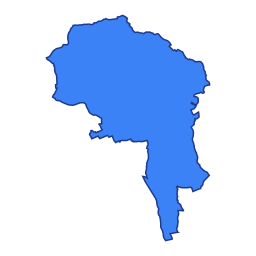 Tarnaveni, Mures, Romania
{"feature_id": "2599482B24834909765304", "entity_name": "Tarnaveni", "entity_type": "district", "adm_level": 2, "iso_a3": "ROU", "parent_name": "Romania", "parent_adm1": "Mures", "projection": "albers", "projection_center": [24.284, 46.321], "detail": "fine", "context": "isolated", "style": "filled", "palette": "blue", "viewbox_px": 256, "rotation_deg": 0, "n_neighbors": 0, "source": "geoboundaries", "source_scale": "gbopen_adm2", "svg_char_len": 5752}
<svg xmlns="http://www.w3.org/2000/svg" viewBox="0 0 256 256"><path d="M165.6,240.6L172.2,239.1L172.2,238.2L170.1,233.7L178.0,232.2L177.3,231.8L177.3,230.9L176.7,229.6L176.7,228.8L176.8,227.7L177.2,227.2L177.3,226.7L177.6,226.4L177.3,225.6L177.7,224.8L177.9,222.5L178.2,221.3L177.9,220.6L177.9,220.2L177.7,219.5L177.6,217.6L177.7,216.7L178.3,215.5L178.6,214.1L178.6,213.2L178.1,210.6L181.9,210.4L181.9,210.7L183.4,210.7L183.4,210.2L181.7,207.7L180.5,204.6L177.8,202.5L177.9,202.4L178.0,200.3L177.0,199.9L177.2,199.4L177.2,197.7L177.2,197.4L177.6,197.0L177.7,196.7L177.4,196.2L177.4,195.6L177.3,194.9L176.9,194.2L177.1,193.4L177.1,192.4L177.3,191.6L177.2,191.0L177.3,190.0L177.8,189.8L177.8,189.5L177.4,188.3L176.6,187.6L176.6,186.9L177.1,186.3L177.5,186.2L178.7,187.1L179.0,186.9L180.2,187.3L182.8,187.8L187.8,187.7L189.8,187.3L190.8,187.4L191.6,188.0L191.7,187.9L191.9,188.1L192.0,189.0L192.5,190.0L192.7,190.6L192.9,191.5L198.5,189.2L200.6,188.6L200.9,187.2L201.4,186.1L201.9,186.0L202.4,185.6L202.9,184.1L202.9,183.3L203.4,182.2L203.7,181.2L209.3,175.4L206.8,172.0L205.5,171.6L204.3,170.9L204.1,170.5L203.6,170.5L201.6,168.4L201.1,168.1L200.2,166.9L199.8,165.7L199.7,164.8L198.7,164.1L198.2,163.3L197.7,163.1L197.2,162.4L197.1,161.9L197.2,161.1L197.2,160.4L197.0,160.1L197.3,159.2L197.5,159.0L197.7,157.3L196.6,153.9L196.3,152.5L195.4,151.2L195.2,150.7L194.3,147.5L194.3,146.4L193.5,143.1L192.5,140.3L192.4,139.6L192.4,138.3L193.0,137.0L193.5,132.6L193.4,131.7L192.8,129.8L192.2,129.0L191.3,126.9L194.2,124.4L194.2,122.1L194.6,121.0L195.0,121.0L195.2,120.4L195.2,120.1L195.0,119.6L194.8,118.9L195.5,118.7L196.2,118.9L196.8,118.8L198.3,117.7L198.7,117.2L198.8,116.8L199.0,116.8L199.0,115.7L198.7,114.0L198.8,113.5L198.5,112.1L193.8,115.0L192.5,113.7L191.1,110.2L191.0,109.7L192.1,109.5L194.1,108.7L195.8,106.5L196.2,105.8L191.3,103.3L191.6,102.4L193.0,103.1L194.7,104.6L195.5,104.8L196.4,104.4L197.0,103.9L197.6,103.2L198.2,101.9L198.3,100.4L198.2,98.7L198.1,98.3L197.7,97.7L196.6,96.9L194.2,96.6L194.0,96.4L193.9,95.7L194.5,94.8L196.3,93.8L199.7,93.0L200.9,92.2L202.4,93.2L203.4,93.1L204.0,92.6L204.2,92.3L204.3,91.9L203.5,90.7L203.4,90.0L203.8,88.4L204.5,86.6L206.2,85.6L208.3,85.1L209.6,85.0L209.5,83.7L209.1,82.3L206.3,80.0L206.1,79.7L206.0,78.3L205.6,77.5L205.8,76.5L206.3,75.7L206.3,75.4L205.2,73.4L205.3,72.1L205.2,71.8L203.8,69.7L203.7,66.9L202.9,65.0L202.8,64.2L202.3,63.4L201.2,62.1L200.4,61.6L199.3,61.5L195.6,61.8L194.7,61.4L193.3,60.3L192.9,60.1L189.3,59.1L188.5,59.6L185.3,57.5L185.5,57.1L184.0,54.9L182.6,51.9L181.5,51.6L178.2,49.6L177.9,49.5L176.8,50.5L176.7,51.0L176.4,51.3L174.7,49.8L173.6,50.6L169.2,46.4L169.5,46.2L170.0,45.5L171.0,45.0L169.9,42.9L168.3,41.3L167.1,40.5L164.3,39.6L162.5,38.5L160.7,36.8L158.7,34.3L157.9,33.8L157.1,33.8L155.6,34.4L154.7,34.6L154.0,34.2L152.9,33.2L151.6,32.9L149.5,32.0L148.0,32.2L146.1,32.0L143.8,33.6L142.0,33.0L140.3,33.0L138.2,32.2L134.8,32.4L133.7,31.3L132.1,29.3L132.1,28.9L132.2,28.4L131.9,27.8L130.2,26.4L129.4,25.5L129.3,24.9L129.8,24.7L129.6,23.6L127.1,22.3L126.8,21.7L127.0,21.0L126.8,20.4L126.9,20.1L126.9,19.5L127.3,18.6L127.2,18.2L126.7,17.9L126.4,17.5L125.9,17.5L125.6,17.0L125.0,16.5L122.4,15.4L119.7,16.7L117.4,17.0L117.3,18.5L116.0,18.9L109.3,19.7L107.2,19.3L105.8,18.6L105.2,19.1L103.3,19.5L102.4,20.3L101.3,20.9L100.2,21.2L98.4,21.3L96.1,22.9L94.5,22.7L93.8,23.1L93.4,24.0L91.7,24.5L91.4,24.8L90.1,24.3L88.7,24.1L85.4,24.4L84.0,24.3L81.7,24.9L78.7,25.0L78.0,25.3L75.1,25.1L73.1,25.4L72.9,26.3L72.4,27.1L71.2,28.1L70.6,29.3L70.0,31.0L68.8,32.7L68.1,34.7L67.9,36.1L67.8,38.4L68.0,39.9L68.4,41.5L68.5,42.7L68.5,43.2L68.0,43.9L67.1,44.8L63.5,44.6L62.8,45.5L62.2,47.0L59.1,48.1L56.6,48.6L55.8,49.1L53.6,50.6L52.5,52.0L50.3,55.5L49.3,56.5L48.6,57.2L47.6,57.3L46.4,57.8L46.8,58.9L47.4,59.5L48.8,60.4L49.5,60.6L52.7,63.6L53.2,63.4L53.5,63.6L54.3,65.6L53.9,65.8L54.4,67.0L54.7,67.4L54.6,69.4L54.6,69.9L55.1,71.1L54.9,71.2L55.2,72.7L55.6,73.1L55.9,74.2L56.3,74.3L56.4,74.6L56.8,79.1L57.0,84.5L55.6,84.7L55.7,88.0L57.1,88.1L55.9,91.1L55.5,91.6L54.9,93.1L53.4,95.1L52.6,96.8L52.6,97.1L54.6,98.3L56.1,100.1L57.9,100.7L59.4,100.6L60.3,101.1L61.9,102.2L68.6,104.9L72.5,105.2L74.5,104.9L80.0,102.8L82.0,102.8L83.1,102.6L84.1,103.0L85.3,103.7L85.7,104.1L86.7,107.1L88.0,109.6L88.4,110.1L88.6,110.9L89.4,112.5L90.1,113.2L93.3,115.1L95.6,115.0L97.8,116.0L100.2,117.7L101.5,118.3L101.5,121.5L101.7,121.9L101.8,123.5L101.7,123.7L99.8,123.8L99.0,124.2L99.7,125.0L100.5,126.5L101.4,128.7L102.2,129.8L98.3,131.9L98.2,131.6L97.7,131.7L96.0,132.8L95.3,131.8L94.8,132.1L94.4,132.1L93.3,131.5L92.4,130.6L90.9,130.7L91.0,131.8L90.8,132.7L90.1,133.0L89.8,133.6L89.5,134.4L91.5,138.0L91.8,138.8L98.0,136.1L99.8,138.6L107.0,135.6L107.6,135.6L109.0,137.2L112.2,136.0L114.0,140.5L115.2,141.7L115.3,142.2L115.8,142.6L116.2,142.2L118.8,141.1L119.0,141.5L119.3,141.3L119.9,142.0L120.2,141.7L119.9,141.1L120.4,140.7L121.5,140.5L126.7,140.5L130.7,139.0L130.9,139.9L131.4,140.7L132.1,141.2L133.0,141.0L133.2,141.7L136.6,141.7L138.7,141.3L141.5,141.7L142.8,141.4L143.1,141.5L147.1,140.4L147.5,142.1L148.1,143.8L148.1,144.4L148.0,144.9L147.2,146.1L147.1,147.4L146.7,148.3L147.6,148.8L148.2,149.5L148.1,150.2L147.6,151.3L148.2,153.4L148.4,154.8L148.4,158.5L148.2,159.3L147.2,161.7L147.2,162.2L146.7,163.5L146.8,164.5L146.7,165.8L146.3,166.5L146.7,167.6L146.5,168.1L146.5,169.2L146.1,170.0L146.2,170.6L145.7,172.0L145.8,172.5L145.7,173.0L145.8,173.9L146.2,174.4L146.6,175.8L146.5,176.5L147.1,178.0L145.4,177.1L144.1,176.6L142.8,176.4L145.2,181.6L155.5,198.2L156.6,200.8L156.9,203.6L157.4,206.1L158.7,208.9L158.3,211.0L158.2,213.2L158.7,215.0L159.6,216.0L160.3,219.1L160.8,223.6L160.7,226.8L161.0,227.7L162.7,231.5L163.1,233.2L163.5,236.4L164.0,238.0L165.6,240.6Z" fill="#3b82f6" stroke="#1e3a8a" stroke-width="1.5"/></svg>